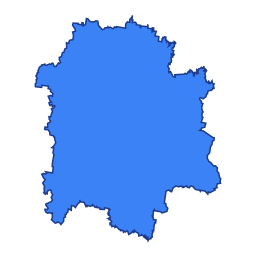 the district of Mid-Western, New South Wales, Australia
{"feature_id": "25037944B76580037794190", "entity_name": "Mid-Western", "entity_type": "district", "adm_level": 2, "iso_a3": "AUS", "parent_name": "Australia", "parent_adm1": "New South Wales", "projection": "equal_earth", "projection_center": [149.8, -32.602], "detail": "fine", "context": "isolated", "style": "filled", "palette": "blue", "viewbox_px": 256, "rotation_deg": 0, "n_neighbors": 0, "source": "geoboundaries", "source_scale": "gbopen_adm2", "svg_char_len": 5715}
<svg xmlns="http://www.w3.org/2000/svg" viewBox="0 0 256 256"><path d="M128.8,234.5L132.0,232.5L132.5,231.3L133.8,232.5L134.5,231.7L134.0,230.6L134.4,230.1L135.0,231.4L138.5,233.4L138.8,236.0L141.5,235.3L141.7,234.6L143.6,236.3L144.2,235.8L144.1,237.3L145.0,237.4L144.9,236.1L145.6,235.5L146.2,237.2L147.3,237.2L145.7,238.4L147.1,239.4L147.8,238.5L148.1,240.6L149.3,238.8L150.9,238.8L151.1,237.2L152.2,237.1L152.1,233.8L152.9,232.4L152.3,230.6L153.7,230.8L154.0,226.4L154.8,222.8L155.6,222.9L156.0,219.9L153.4,219.5L153.3,217.8L152.3,216.6L152.2,215.8L153.0,216.0L153.5,210.6L154.4,209.6L154.7,210.8L160.6,211.7L162.1,213.0L166.9,211.4L167.8,208.2L166.1,206.3L165.8,203.6L164.3,203.3L166.0,191.3L168.2,190.1L170.1,190.4L170.2,191.4L171.6,191.7L173.2,187.8L176.0,185.9L178.8,186.9L180.5,186.0L182.0,186.8L183.0,185.7L182.4,187.0L183.1,187.6L186.6,185.8L187.3,187.3L189.5,187.7L190.1,186.2L191.1,185.9L193.5,187.0L194.4,188.6L196.2,189.7L199.8,190.2L200.3,191.4L200.9,190.4L205.1,191.1L207.8,194.1L208.3,191.9L209.8,192.7L215.2,189.9L214.0,188.7L217.2,187.6L216.5,186.2L217.3,183.8L220.5,183.3L220.1,181.5L220.7,178.7L219.6,177.5L218.7,173.0L217.0,171.0L217.4,167.9L215.4,165.8L213.7,166.0L210.5,162.3L209.3,162.0L207.2,158.3L207.5,155.2L209.6,152.8L210.5,146.8L212.0,144.4L212.3,141.3L214.0,140.4L214.2,137.7L212.8,137.5L203.4,131.0L199.8,130.3L201.2,129.5L201.6,128.0L204.7,127.3L205.8,123.2L201.2,122.4L202.9,117.4L202.1,116.9L202.0,115.0L202.2,112.7L203.1,112.0L201.9,109.6L201.8,106.7L202.9,103.6L201.3,102.9L201.5,101.4L199.7,99.4L199.8,98.0L200.9,97.6L203.1,98.9L206.0,96.6L206.8,93.9L207.5,93.7L208.0,90.9L211.1,90.4L212.6,89.3L212.8,88.2L214.0,88.3L213.4,85.0L214.2,83.9L212.5,83.4L212.0,80.8L210.5,83.1L209.1,83.6L208.3,82.9L209.2,82.1L208.7,81.1L207.4,82.5L206.0,81.6L206.2,80.4L204.7,77.6L205.6,77.0L204.9,73.6L206.6,70.5L206.1,69.9L204.9,71.3L203.6,70.8L205.3,69.0L203.8,67.6L204.2,66.2L202.6,68.3L201.3,67.3L200.5,68.5L198.9,68.7L198.1,70.4L196.8,69.5L196.6,70.9L197.9,71.6L198.3,73.4L196.8,73.8L196.5,72.6L195.1,72.4L193.9,76.0L193.4,75.3L193.6,72.5L192.4,72.6L192.1,71.1L190.1,69.8L189.9,72.3L189.4,72.4L189.2,71.1L188.6,71.2L186.6,74.2L185.1,73.3L184.1,74.2L174.8,74.7L175.0,77.2L172.8,76.2L170.5,71.5L168.9,72.5L168.7,70.7L169.4,68.8L167.8,66.5L168.7,63.8L169.9,64.6L170.2,64.0L169.5,63.1L171.1,62.3L171.5,60.4L171.0,57.6L172.7,57.0L171.5,55.5L171.3,54.0L173.5,55.4L174.2,54.4L173.0,53.0L173.8,50.5L172.1,50.1L171.9,49.3L172.4,47.7L173.4,47.9L173.6,46.4L174.2,46.5L174.6,44.2L175.7,43.3L175.4,42.5L174.2,41.5L173.8,43.4L172.7,42.4L171.4,43.5L170.9,42.5L170.1,42.6L170.1,45.2L168.7,46.1L169.8,44.0L168.6,43.8L169.1,42.5L168.0,41.4L166.6,42.1L166.8,40.3L165.7,40.0L165.9,37.1L164.6,36.9L164.5,37.5L162.9,37.3L162.7,38.8L162.1,38.7L161.7,41.7L158.3,41.1L158.9,36.6L154.9,35.9L156.3,31.3L154.1,31.0L152.0,31.9L152.2,30.3L153.5,30.5L153.8,28.1L152.3,27.8L152.2,28.9L147.8,28.2L148.0,25.2L147.8,25.1L147.6,26.7L141.0,26.0L140.7,27.7L140.2,27.6L140.4,25.3L136.2,24.8L136.4,23.3L135.1,22.1L132.4,22.6L132.8,19.9L131.9,19.8L132.5,15.4L132.0,17.0L129.8,19.4L129.7,22.3L127.4,21.8L125.7,24.0L125.5,28.2L116.5,26.6L116.4,27.5L114.6,27.2L114.7,26.4L113.5,28.5L112.8,28.6L110.2,27.1L109.0,27.8L107.9,26.7L107.6,27.6L104.9,27.8L104.5,28.8L102.4,29.7L98.5,25.4L97.8,21.2L95.9,20.8L94.4,21.8L91.5,21.9L89.5,21.1L87.9,18.8L86.4,18.5L85.5,24.5L83.2,25.9L83.2,22.9L82.0,22.7L81.8,24.8L78.1,24.2L78.2,23.4L73.1,23.1L72.6,25.3L75.1,29.1L75.3,31.4L72.6,32.0L73.5,35.6L72.8,39.8L70.2,40.0L69.0,41.4L69.0,43.0L68.4,43.4L66.5,42.7L66.6,48.1L64.7,49.1L64.0,52.1L62.4,52.7L61.4,56.6L59.3,57.4L59.4,60.1L60.7,62.5L59.4,63.5L58.4,62.9L56.0,66.6L54.1,66.2L52.9,63.2L51.9,63.2L51.0,64.5L49.7,63.9L46.2,65.4L44.9,65.0L44.9,64.2L41.6,65.0L41.6,65.8L39.5,67.1L37.9,71.0L38.5,72.5L36.9,73.2L37.2,74.5L35.9,75.9L37.4,78.5L36.2,79.5L36.4,82.5L35.3,83.8L35.4,86.7L41.6,87.4L41.9,85.3L48.5,86.2L48.1,88.6L50.8,89.4L50.4,91.5L52.9,93.4L52.3,96.5L50.7,95.4L48.2,96.2L50.1,101.0L51.4,102.0L49.0,102.6L49.2,103.9L50.0,105.6L51.9,104.5L52.3,106.7L54.1,105.5L54.9,106.2L53.8,108.1L51.4,108.9L52.6,111.7L51.7,112.9L50.6,116.9L49.0,116.6L49.3,119.5L50.6,121.1L50.4,121.8L47.6,123.4L47.6,127.4L45.0,127.0L44.6,129.0L45.1,129.6L48.0,129.7L49.8,132.3L49.9,134.8L53.4,135.8L53.8,137.0L54.7,137.2L54.7,139.3L55.8,142.6L53.8,146.0L51.8,147.6L53.7,147.9L53.0,153.0L53.9,154.6L52.3,164.0L52.2,166.6L53.3,166.8L52.5,173.0L45.7,171.8L46.8,173.1L45.4,174.0L43.4,173.5L41.8,174.2L43.6,178.0L45.2,179.7L42.7,183.0L44.7,186.6L44.0,188.1L44.4,191.6L43.7,192.8L45.3,194.2L45.8,193.1L47.1,193.9L47.5,191.2L50.1,189.7L51.2,190.7L51.2,192.3L52.6,194.8L51.2,197.6L52.4,199.9L51.4,201.5L45.8,204.1L45.8,205.0L48.2,208.2L47.0,209.5L45.0,209.2L45.0,210.2L46.0,212.2L47.6,213.2L49.8,212.7L51.8,213.7L52.4,212.2L52.3,218.0L51.4,219.7L55.0,223.1L56.8,222.8L57.5,221.9L59.6,222.8L60.9,224.5L63.7,221.2L63.7,217.9L65.4,217.1L65.2,214.8L66.3,214.3L66.5,213.0L67.7,212.3L68.4,208.8L71.3,210.3L71.5,205.6L74.1,206.1L75.3,207.6L77.9,203.7L79.8,202.2L79.9,199.9L80.4,201.9L84.1,202.3L86.0,206.5L86.7,205.5L87.2,206.3L87.6,205.7L90.7,206.3L92.6,204.7L92.7,205.7L94.0,205.9L95.1,207.3L96.3,207.5L96.8,206.7L97.0,207.5L100.1,208.1L100.0,209.3L104.4,209.5L104.6,207.8L108.5,208.5L108.6,209.4L109.6,209.1L110.0,209.7L108.6,211.4L108.8,212.1L108.0,213.0L108.9,213.2L108.1,214.7L108.7,215.3L109.3,214.9L110.5,217.2L108.3,218.4L109.9,218.6L110.1,219.2L109.4,219.7L110.2,219.8L111.8,221.7L110.7,223.2L110.0,222.9L110.0,224.8L111.8,225.2L111.8,226.6L114.1,226.2L114.8,227.3L115.5,226.0L115.7,227.1L116.9,227.0L119.2,229.6L120.4,229.6L120.6,230.7L122.8,230.3L123.5,232.3L124.6,231.4L125.6,232.0L126.3,231.1L127.6,231.0L128.8,234.5Z" fill="#3b82f6" stroke="#1e3a8a" stroke-width="1.5"/></svg>